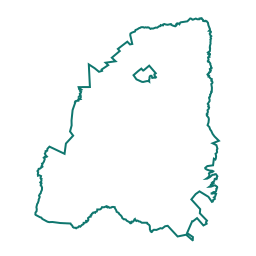 the district of Chegutu, Mashonaland West, Zimbabwe, rotated 91°
{"feature_id": "62879985B20095614329171", "entity_name": "Chegutu", "entity_type": "district", "adm_level": 2, "iso_a3": "ZWE", "parent_name": "Zimbabwe", "parent_adm1": "Mashonaland West", "projection": "albers", "projection_center": [30.348, -18.189], "detail": "fine", "context": "isolated", "style": "outline", "palette": "teal", "viewbox_px": 256, "rotation_deg": 91, "n_neighbors": 0, "source": "geoboundaries", "source_scale": "gbopen_adm2", "svg_char_len": 5714}
<svg xmlns="http://www.w3.org/2000/svg" viewBox="0 0 256 256"><g transform="rotate(91 128 128)"><path d="M200.4,42.8L200.0,41.9L198.5,41.6L197.5,40.0L196.2,40.1L195.8,40.7L195.2,39.8L192.3,38.8L191.7,41.2L192.2,42.8L192.0,44.1L191.7,42.9L190.6,41.4L190.5,39.8L190.0,39.0L187.8,38.4L187.4,38.7L186.2,37.8L185.2,37.9L183.9,39.8L183.9,40.7L185.2,44.1L185.3,45.6L184.1,44.0L183.4,44.1L183.1,43.1L182.2,42.2L181.5,43.2L180.7,42.5L181.1,41.4L180.2,41.5L179.2,40.7L177.4,40.4L177.2,40.0L177.6,38.6L176.4,38.2L175.7,38.4L174.7,37.8L172.7,39.2L172.6,40.1L173.2,41.0L173.3,42.7L175.7,45.3L177.2,47.9L177.3,48.8L176.3,47.4L174.8,46.0L172.8,45.9L172.1,46.3L171.4,45.8L170.3,42.5L169.8,42.0L169.3,43.0L169.1,45.8L168.1,48.7L167.2,50.0L166.5,50.1L164.7,48.0L163.8,42.3L157.2,41.6L158.0,40.1L157.1,39.7L154.7,39.4L152.2,40.0L151.8,39.3L150.5,38.5L148.8,38.8L147.8,38.7L147.2,38.2L143.6,39.3L141.8,43.1L139.2,36.9L135.0,41.3L132.4,43.3L129.3,44.8L128.1,45.8L125.6,46.7L123.8,48.5L121.1,47.6L117.7,47.3L116.2,47.7L114.2,49.4L113.0,48.9L112.6,49.5L111.3,48.6L110.4,48.4L108.8,48.8L107.7,47.8L106.1,47.2L105.6,47.4L105.2,48.2L103.8,47.7L102.5,48.7L99.7,46.9L98.2,46.9L96.4,47.5L95.8,47.3L95.4,46.6L93.7,46.3L93.2,46.5L92.0,45.6L90.3,45.5L90.3,44.9L86.1,44.8L82.6,45.5L81.8,44.6L80.8,44.3L79.7,44.8L79.3,45.5L78.6,45.1L77.6,45.1L77.4,45.9L76.0,47.4L75.3,47.7L75.2,48.3L74.3,47.9L74.0,48.9L73.1,49.5L72.7,49.2L72.0,48.1L71.1,48.1L70.5,46.7L69.3,46.3L69.3,46.8L67.6,47.2L66.9,45.5L66.5,45.4L66.1,46.1L65.0,46.0L62.9,46.9L62.1,46.8L60.5,48.0L60.5,48.9L59.7,49.4L58.5,48.6L56.0,49.2L55.6,48.6L55.5,47.8L54.0,48.1L53.2,47.3L52.4,47.4L52.1,47.9L52.4,49.0L51.5,48.9L51.1,49.4L49.7,47.5L47.1,47.3L46.5,47.7L45.9,47.4L45.0,47.6L42.0,46.9L41.0,47.1L39.3,46.9L38.1,47.2L37.3,46.5L35.7,47.1L34.7,46.3L33.6,47.4L32.4,48.0L31.6,47.7L31.1,46.9L30.3,46.8L29.5,47.5L29.4,48.6L28.5,47.8L27.7,47.8L23.9,49.4L21.4,49.9L19.9,51.2L19.9,51.9L19.5,52.1L19.4,52.7L19.9,53.6L19.6,54.8L18.4,55.0L17.8,56.0L17.1,56.1L16.9,56.5L17.2,58.1L17.6,57.9L18.0,58.4L18.1,60.6L17.4,62.1L18.6,65.1L18.5,65.6L17.7,66.4L17.4,67.7L20.3,70.5L21.4,77.0L21.8,77.7L23.4,78.4L22.6,79.5L22.5,80.7L23.4,81.6L23.8,81.0L24.9,81.7L25.5,82.6L24.8,85.0L24.1,86.5L23.5,86.6L23.3,86.9L24.1,90.1L23.9,91.9L23.4,93.6L24.0,94.8L24.6,94.8L24.5,95.3L24.9,95.9L24.5,97.1L25.6,97.6L25.7,98.6L27.2,100.6L27.1,102.1L28.1,104.5L28.1,106.3L28.5,107.2L27.1,109.1L27.0,110.3L27.3,110.8L27.0,112.2L27.4,113.5L26.9,114.7L27.0,116.6L27.7,117.7L27.8,118.4L29.2,120.5L29.9,122.2L31.4,122.7L32.5,125.6L33.5,127.2L35.0,127.4L43.9,125.2L44.4,127.5L41.7,130.2L49.1,139.5L51.2,137.6L58.0,145.4L61.5,141.6L63.1,151.5L65.5,148.9L70.0,155.4L71.3,154.9L72.3,158.0L68.8,162.4L65.1,168.3L87.7,166.8L88.0,178.1L89.7,177.6L89.1,176.6L89.7,176.4L90.5,175.3L90.7,175.7L90.4,176.4L90.7,176.7L91.1,176.4L91.8,176.6L92.2,175.9L93.0,175.6L93.5,175.7L94.5,176.8L94.9,176.7L94.5,176.2L95.7,176.6L96.0,176.2L96.8,176.9L96.6,175.9L98.0,175.7L99.3,176.5L99.9,176.0L100.0,176.6L99.6,176.6L99.3,177.5L100.0,177.5L100.3,178.3L100.6,178.3L100.7,177.8L101.6,178.0L101.8,180.3L102.3,181.2L102.8,181.4L102.9,181.0L111.0,183.7L121.5,184.6L126.4,184.4L132.5,185.9L136.6,182.7L144.6,189.8L154.9,191.0L148.0,206.2L150.2,208.2L152.1,208.4L152.6,210.0L153.9,210.0L155.0,210.7L156.8,209.8L158.0,208.6L158.3,209.1L158.3,210.8L159.2,211.7L159.9,210.8L160.6,210.7L163.1,211.5L165.3,212.9L165.3,213.3L166.3,213.0L167.7,213.8L168.3,213.0L170.2,215.4L170.4,216.6L171.6,216.9L172.4,217.7L173.0,217.7L173.7,217.0L175.9,217.4L176.5,217.3L176.7,216.7L177.1,216.8L176.8,215.9L177.6,214.1L179.7,214.6L180.2,214.3L180.5,213.6L181.0,213.9L182.2,213.6L183.0,213.9L183.9,214.8L184.6,214.3L184.6,213.6L185.0,213.5L186.1,214.2L187.0,214.3L187.4,213.6L189.1,212.9L191.4,213.0L193.7,214.0L194.7,214.1L195.8,215.1L197.3,215.8L198.3,215.1L199.0,215.2L201.2,216.1L201.9,216.0L204.5,216.8L205.6,217.5L208.8,218.2L210.7,217.8L212.9,218.0L214.1,219.0L216.1,219.1L216.5,218.8L218.8,214.3L219.1,213.1L220.4,212.1L223.1,206.9L223.5,205.2L223.3,201.9L224.2,194.0L224.5,183.8L225.3,183.4L226.5,182.1L228.0,181.4L228.7,180.2L228.6,179.1L229.2,178.1L228.4,177.1L228.3,176.3L227.0,175.1L227.5,174.0L225.7,172.3L225.0,170.9L223.6,170.7L223.6,169.7L223.1,168.9L222.9,167.9L221.6,168.2L221.6,166.6L220.5,166.0L218.8,166.4L217.3,164.7L217.3,163.8L215.9,163.7L215.9,163.1L214.3,162.6L213.8,161.6L213.2,161.4L213.0,160.5L213.3,159.4L212.5,159.2L212.1,157.8L211.0,157.3L210.0,157.3L209.9,154.5L209.0,153.3L207.6,152.6L207.7,150.6L206.8,148.7L207.2,148.5L207.6,147.5L206.8,147.4L207.4,145.9L208.1,145.3L207.8,143.3L207.2,142.5L207.2,141.0L207.4,139.9L208.0,139.9L210.6,138.3L212.0,137.9L213.0,135.9L214.4,135.1L215.0,134.2L216.5,132.8L218.2,132.1L219.4,130.5L219.2,129.7L219.5,129.1L219.6,128.5L220.7,127.7L222.0,125.1L223.2,124.0L223.2,123.5L222.7,122.8L221.7,123.1L221.5,122.9L221.5,121.2L220.3,120.3L219.4,120.1L218.9,119.5L220.1,119.1L220.8,118.0L220.3,117.5L220.6,116.4L221.2,115.6L221.3,114.4L222.5,112.5L222.4,107.3L222.8,107.0L223.3,107.0L224.5,105.2L225.7,104.5L229.3,104.3L230.1,103.7L230.9,103.6L231.6,102.7L231.4,102.2L230.0,101.5L229.9,100.9L229.3,100.3L229.4,97.7L227.6,93.8L227.9,92.1L225.6,89.2L225.1,86.6L235.6,76.5L233.7,68.0L239.1,61.5L239.0,61.3L235.9,61.2L232.0,67.1L220.1,62.2L220.2,61.5L216.9,57.4L224.1,50.9L222.3,47.7L220.8,48.4L219.3,47.4L212.0,54.7L207.9,54.4L198.3,63.4L192.9,59.2L190.1,55.4L195.4,46.4L200.4,42.8ZM76.7,100.9L77.2,101.3L77.2,103.0L77.5,104.6L75.4,105.4L75.4,106.5L76.0,107.1L77.0,107.4L78.1,107.3L79.6,107.8L81.2,107.6L80.7,108.3L80.8,110.1L81.7,113.6L81.6,114.9L79.2,120.4L75.1,123.4L71.0,118.9L68.4,115.7L70.3,113.9L70.3,113.6L65.3,107.9L72.8,101.2L73.9,102.6L75.2,102.3L76.7,100.9Z" fill="none" stroke="#0f766e" stroke-width="2"/></g></svg>